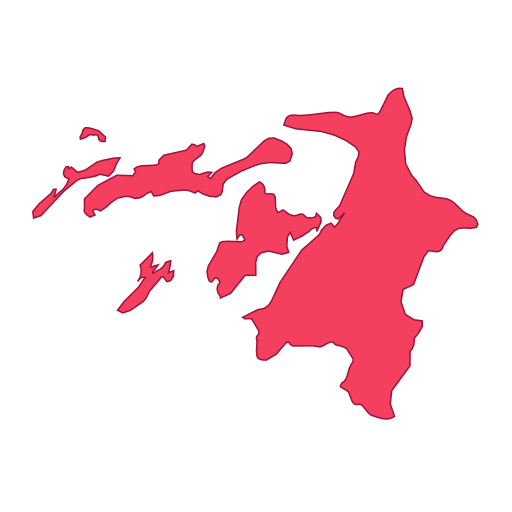 an SVG outline of Primorsko-Goranska, rotated 89°
{"feature_id": "HRV-1586", "entity_name": "Primorsko-Goranska", "entity_type": "County", "adm_level": 1, "iso_a3": "HRV", "parent_name": "Croatia", "parent_adm1": "", "projection": "natural_earth1", "projection_center": [14.596, 45.075], "detail": "fine", "context": "isolated", "style": "filled", "palette": "rose", "viewbox_px": 512, "rotation_deg": 89, "n_neighbors": 0, "source": "natural_earth", "source_scale": "10m", "svg_char_len": 5609}
<svg xmlns="http://www.w3.org/2000/svg" viewBox="0 0 512 512"><g transform="rotate(89 256 256)"><path d="M406.4,124.3L418.7,120.3L419.5,121.6L420.7,124.3L421.2,127.1L421.2,128.9L421.1,130.6L420.8,132.5L419.8,136.1L417.3,143.4L416.0,145.2L414.1,147.0L408.4,151.4L406.8,153.0L406.2,154.3L406.1,155.4L406.3,158.6L405.5,160.5L403.5,162.2L394.0,165.7L393.0,166.5L392.0,167.9L388.2,173.9L387.5,174.0L386.4,173.5L383.9,171.8L383.2,170.3L381.2,168.6L378.0,167.1L369.6,164.6L366.0,162.7L363.6,161.0L361.9,160.7L360.6,160.7L350.2,167.0L348.6,169.8L347.0,174.4L346.7,176.5L346.2,177.8L345.8,178.5L345.0,179.2L344.0,179.9L343.3,181.3L343.4,183.3L345.0,187.1L346.4,189.4L347.3,191.5L348.0,193.5L346.8,200.9L346.6,220.4L346.0,222.1L345.0,223.2L344.1,223.9L342.7,224.7L342.9,226.5L343.5,227.7L354.5,237.4L360.2,247.4L360.2,249.4L359.9,252.1L358.8,255.0L357.7,256.2L355.9,256.8L350.8,257.2L342.5,256.5L337.8,257.0L336.7,256.7L335.8,256.2L334.3,254.7L332.7,254.4L330.4,254.8L319.7,260.9L318.8,261.9L318.5,263.2L318.6,268.1L317.1,270.5L309.7,255.2L308.6,248.8L305.5,244.3L301.0,241.2L282.8,232.4L250.9,210.2L235.7,192.3L231.6,190.2L226.6,185.6L224.4,180.4L228.5,176.9L225.1,173.8L214.3,166.6L219.6,172.3L220.5,172.9L219.5,175.9L217.0,177.5L213.9,177.4L211.4,175.6L207.3,171.5L175.3,156.9L163.8,154.7L158.6,152.0L153.8,151.2L148.4,154.9L142.3,163.7L136.7,175.1L132.7,188.0L129.5,214.0L125.6,225.9L125.4,225.9L118.6,223.3L117.4,222.0L116.1,219.6L115.8,217.2L115.9,213.9L116.3,210.4L116.0,201.6L113.8,180.8L113.7,174.4L114.0,172.0L114.7,169.9L117.4,164.9L118.6,161.0L118.7,158.2L118.1,154.3L115.3,143.1L114.8,139.3L114.9,136.5L115.8,134.6L116.5,132.4L115.9,131.1L113.3,129.3L97.4,121.1L94.8,118.6L92.1,114.8L91.1,111.8L90.8,109.8L91.1,106.6L91.8,106.6L99.4,105.3L113.5,99.5L121.1,97.5L127.5,98.9L139.3,103.5L153.0,105.8L166.6,104.7L178.0,99.0L183.4,94.4L195.0,86.8L198.9,80.5L200.5,75.2L201.7,66.8L201.9,65.2L203.8,60.4L206.5,56.8L214.0,49.3L217.1,45.3L220.8,37.7L223.1,35.5L224.6,34.9L228.1,33.6L231.3,35.2L232.0,41.0L231.6,47.9L231.9,52.9L234.6,57.6L238.4,61.2L248.6,68.4L250.7,69.2L252.5,70.1L254.3,72.2L254.9,75.1L253.9,81.8L254.0,83.7L259.8,88.2L287.2,98.9L287.3,98.9L287.3,99.0L292.0,109.5L304.3,111.8L316.9,107.8L322.6,99.0L323.7,91.0L329.0,90.8L335.7,94.7L340.9,99.0L345.2,99.5L347.8,99.9L351.1,101.2L354.1,103.6L368.5,104.0L371.4,106.2L393.1,122.7L406.4,124.3ZM208.2,410.8L206.5,414.1L206.6,417.1L208.5,418.3L212.2,416.2L214.2,421.3L212.2,424.0L210.1,426.1L208.0,427.1L204.7,426.6L196.0,426.6L182.7,412.9L172.8,393.7L173.6,377.2L172.3,376.9L171.4,376.3L170.7,375.6L169.5,374.9L166.9,376.4L165.0,373.7L163.8,368.7L163.5,356.6L163.0,353.0L161.6,351.6L158.4,351.3L153.6,346.3L149.0,323.8L143.1,318.2L143.4,316.6L143.7,315.5L145.3,313.1L142.6,306.3L145.3,305.2L152.3,307.8L154.4,309.4L159.7,316.6L162.5,318.2L167.7,318.4L170.7,318.1L172.5,315.9L173.6,310.6L172.6,308.4L171.2,302.6L171.6,298.8L175.7,302.9L177.8,300.3L171.9,295.4L167.6,288.9L158.7,266.1L157.0,263.1L141.2,246.0L138.6,241.4L138.3,235.9L141.6,228.1L144.8,223.0L149.0,219.2L154.4,218.0L161.6,220.4L163.9,224.8L162.8,239.8L163.6,248.8L165.5,255.6L170.9,269.3L178.1,282.6L179.7,284.7L183.6,287.6L190.4,288.5L194.1,290.1L196.2,294.7L195.5,301.2L193.0,308.0L189.8,313.1L192.0,315.7L189.3,322.2L188.8,327.6L189.8,339.9L193.7,351.0L194.2,357.2L189.8,359.5L191.3,363.6L195.0,369.1L196.0,372.1L196.3,376.1L194.5,380.8L194.0,385.4L195.8,393.6L199.8,399.6L204.4,404.8L208.2,410.8ZM270.3,305.2L265.2,303.9L250.9,295.2L242.3,292.1L241.0,289.4L240.8,283.4L241.5,270.0L239.9,266.8L234.7,269.3L234.7,271.9L238.7,274.7L231.0,275.2L207.2,271.9L199.8,269.7L192.3,264.3L186.0,257.5L181.9,251.2L184.3,248.0L186.8,246.5L189.7,246.0L193.1,246.0L194.2,244.4L194.0,240.9L194.4,237.4L197.1,235.8L208.3,235.5L213.0,233.4L210.4,228.1L214.2,223.1L215.8,220.0L216.5,216.8L215.8,213.8L214.8,211.1L215.0,208.3L218.3,205.1L218.9,200.9L218.6,197.6L217.1,195.5L214.3,194.8L218.6,190.6L222.9,190.3L232.5,194.8L229.4,194.7L228.5,194.8L229.0,197.6L229.9,199.8L231.2,201.5L232.5,202.7L236.9,209.6L240.8,218.1L233.0,221.5L237.4,224.2L246.7,225.1L253.0,223.2L254.7,230.1L251.2,243.3L253.1,251.2L256.8,254.9L262.1,256.4L275.3,256.5L275.2,267.3L292.9,282.0L297.4,292.4L295.6,292.4L292.1,294.7L288.4,295.5L284.7,294.7L281.4,292.4L277.3,295.2L277.3,297.5L281.3,300.8L280.2,303.2L275.8,304.7L270.3,305.2ZM275.4,367.2L275.4,370.1L276.1,371.9L279.4,374.9L275.5,372.4L270.8,371.2L266.3,371.1L263.2,372.1L250.9,359.5L254.6,359.2L258.3,359.5L261.8,360.4L265.1,361.8L265.1,359.5L264.1,358.2L263.8,357.4L263.8,356.3L263.2,354.1L268.1,357.8L269.3,359.5L271.3,359.5L267.6,352.1L265.1,349.0L261.0,346.5L260.3,345.2L259.2,341.3L265.4,342.2L271.3,343.9L270.5,342.4L269.3,338.5L274.9,339.0L279.2,341.8L280.0,345.6L275.4,349.0L275.4,351.3L277.6,352.7L289.3,363.1L296.5,366.8L299.7,369.8L308.2,382.6L310.6,390.1L307.8,395.4L299.4,388.8L285.0,373.9L275.4,367.2ZM187.9,447.0L211.9,470.4L214.2,477.7L207.6,478.4L199.6,471.5L189.8,459.8L185.7,457.2L185.7,454.7L191.9,456.3L194.0,457.2L185.6,447.5L181.1,444.0L175.6,441.8L173.5,445.8L170.4,447.1L166.8,446.4L163.4,444.2L163.4,441.8L165.4,441.8L165.1,440.9L163.9,439.0L169.2,432.9L167.3,425.5L159.4,413.4L157.9,408.4L155.7,396.7L155.4,390.3L161.3,393.9L168.8,397.1L173.6,402.0L171.5,410.8L173.0,414.1L174.3,420.1L175.6,430.3L177.3,433.8L187.9,447.0ZM128.1,411.1L134.6,404.3L138.9,405.0L138.8,408.7L137.1,411.0L133.1,411.8L132.7,412.3L132.1,412.9L131.9,414.2L132.4,416.2L131.8,418.2L131.9,420.3L132.6,421.4L134.6,424.6L136.1,429.5L134.0,429.8L130.5,427.8L126.8,426.7L124.7,424.4L125.0,421.1L125.6,418.3L128.1,411.1Z" fill="#f43f5e" stroke="#9f1239" stroke-width="1.5"/></g></svg>